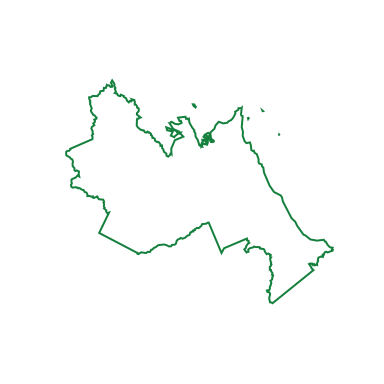 the district of Lockhart River, Queensland, Australia, rotated 332°
{"feature_id": "25037944B30530613092043", "entity_name": "Lockhart River", "entity_type": "district", "adm_level": 2, "iso_a3": "AUS", "parent_name": "Australia", "parent_adm1": "Queensland", "projection": "orthographic", "projection_center": [143.259, -13.018], "detail": "fine", "context": "isolated", "style": "outline", "palette": "green", "viewbox_px": 384, "rotation_deg": 332, "n_neighbors": 0, "source": "geoboundaries", "source_scale": "gbopen_adm2", "svg_char_len": 6062}
<svg xmlns="http://www.w3.org/2000/svg" viewBox="0 0 384 384"><g transform="rotate(332 192 192)"><path d="M290.0,307.2L288.1,305.8L287.5,304.6L286.9,302.2L286.8,298.6L286.1,298.1L286.0,296.1L279.5,293.6L274.2,289.4L271.7,283.5L270.4,282.0L269.0,271.4L269.2,266.9L267.6,261.8L267.8,243.2L269.0,238.7L268.6,236.5L264.4,230.5L263.5,222.8L264.7,208.7L266.5,203.7L265.9,202.6L266.5,200.3L264.7,198.4L264.6,197.4L266.2,194.2L267.0,189.0L265.7,186.9L266.0,184.7L265.1,184.6L264.1,182.8L265.9,178.4L266.4,175.4L263.0,174.4L262.3,171.8L263.2,166.1L265.3,162.7L266.3,158.2L272.2,149.1L272.3,148.7L271.5,147.9L271.7,146.5L275.5,140.9L274.8,141.1L272.5,139.8L271.6,141.1L267.7,141.4L267.2,143.1L263.0,145.9L260.2,146.9L257.8,146.7L255.7,147.4L251.8,146.1L248.6,142.6L244.1,144.2L241.3,146.8L236.0,148.1L233.9,153.8L235.3,156.8L234.9,157.7L233.5,157.6L232.1,156.6L232.4,153.7L231.8,153.2L230.0,153.9L229.3,155.7L227.6,157.3L224.7,154.9L222.8,155.0L222.4,156.8L221.8,156.2L221.3,156.4L221.5,155.6L220.4,154.3L221.5,149.0L221.2,144.8L222.5,141.6L222.3,139.6L223.0,138.8L222.4,135.0L222.3,129.5L223.7,125.8L222.5,125.8L222.3,124.9L221.1,124.6L221.6,122.5L214.5,119.8L214.3,123.4L215.6,123.9L215.3,126.1L211.7,125.9L208.8,123.7L207.0,120.5L206.0,120.3L204.7,121.4L204.5,121.2L205.0,127.5L208.8,132.4L208.3,133.3L210.1,134.2L209.2,134.6L208.8,134.0L208.0,134.2L209.4,135.7L210.3,139.1L201.2,138.2L194.0,144.0L191.8,148.7L191.7,148.1L191.0,147.9L190.4,148.9L187.6,149.6L186.5,148.0L187.4,146.0L186.1,143.3L186.7,140.7L186.2,139.6L187.3,136.8L185.8,136.5L186.5,134.9L186.0,132.3L185.4,131.6L184.7,131.6L183.5,129.6L184.1,127.4L183.3,125.9L182.5,125.7L183.1,123.5L182.4,122.4L183.1,121.4L182.3,119.3L181.4,119.2L181.1,117.8L179.6,118.1L178.5,117.2L178.3,114.8L177.2,114.4L176.8,113.5L175.9,113.0L174.5,109.5L174.4,107.4L177.4,102.2L178.1,101.6L179.4,102.2L180.0,101.8L181.6,102.1L179.7,97.8L180.4,96.5L182.8,95.6L183.8,94.2L184.1,92.8L183.2,91.9L183.7,90.1L183.4,88.4L182.5,87.9L184.0,85.2L183.8,84.2L184.2,83.7L182.7,82.2L182.8,82.7L182.3,82.9L182.0,82.5L181.4,83.1L181.0,82.8L180.5,83.2L180.0,82.4L178.3,83.2L177.5,81.0L177.8,78.3L176.4,76.0L176.9,75.2L174.8,72.7L173.8,73.7L173.0,73.2L171.9,71.7L172.1,70.1L170.3,68.4L171.9,67.7L172.3,64.7L173.2,64.3L173.2,61.6L174.0,60.8L174.2,59.3L173.9,56.0L171.7,57.5L171.8,58.8L171.0,61.6L169.4,61.0L168.8,58.8L167.5,58.4L167.1,57.5L164.8,59.7L163.1,58.7L161.4,61.1L158.3,60.0L156.7,61.9L155.1,62.1L153.6,63.0L149.3,60.5L147.4,60.9L145.6,60.1L144.9,61.9L145.0,63.7L144.2,64.2L144.3,65.4L143.3,66.3L142.7,71.1L141.1,72.4L140.7,73.6L141.1,77.7L141.9,78.6L142.6,81.8L141.8,82.4L139.7,82.2L139.7,83.7L139.1,84.5L137.0,85.1L137.2,87.1L134.0,87.6L132.9,88.7L132.8,91.8L131.8,93.6L131.9,94.4L130.1,95.1L130.1,96.6L128.9,98.6L104.9,96.7L104.9,97.2L102.9,97.9L101.2,97.2L99.8,97.5L98.7,99.3L98.3,100.8L100.4,104.0L100.5,105.4L101.6,107.0L101.1,109.5L100.0,110.6L98.8,113.2L99.4,115.6L98.5,117.5L98.8,118.7L100.5,118.9L101.8,120.8L100.2,123.3L99.7,125.3L98.7,123.7L96.2,124.6L91.7,124.3L90.7,125.5L89.8,128.2L88.7,128.7L87.9,130.4L88.5,132.0L91.9,133.3L92.3,134.2L93.2,134.6L93.3,135.4L94.5,135.7L96.0,138.4L97.3,139.5L97.2,141.5L98.6,143.0L98.4,145.3L97.7,146.5L99.6,147.3L100.9,148.9L102.4,149.3L101.9,150.5L102.4,151.1L105.5,151.5L107.0,151.2L105.9,152.1L106.4,154.7L110.0,157.1L109.8,159.4L108.9,159.7L108.8,161.1L107.3,163.6L107.5,164.8L106.6,165.2L107.7,167.9L107.0,169.1L107.3,170.9L109.1,171.2L90.8,184.6L115.4,220.5L114.9,220.9L115.5,221.7L118.8,221.4L122.7,224.3L124.9,224.1L126.8,225.2L128.9,223.8L130.2,224.2L132.2,223.4L133.9,223.7L137.3,223.1L142.4,225.1L144.0,226.3L146.2,229.3L148.1,230.1L149.4,229.3L152.2,230.4L153.5,230.1L155.7,227.8L157.4,227.3L159.0,227.6L160.4,227.2L161.8,228.8L164.2,229.1L167.5,228.4L169.6,228.8L171.3,227.1L172.5,227.3L172.8,226.8L174.6,227.4L174.9,226.5L176.6,227.0L176.9,226.2L179.7,226.1L180.8,227.0L181.5,227.0L184.5,226.2L185.8,225.1L189.8,226.7L191.4,226.4L192.4,226.9L189.4,259.7L194.0,256.7L218.6,258.9L217.9,260.5L219.0,261.6L218.4,262.8L218.6,263.8L217.4,263.8L214.7,265.1L213.3,266.6L211.2,267.2L211.8,270.9L212.3,270.7L213.8,271.3L214.7,269.2L216.6,268.8L220.0,269.6L221.2,269.3L222.0,270.3L225.6,272.3L226.0,273.0L225.5,273.7L225.7,274.1L228.3,275.8L228.7,276.5L228.4,279.9L228.8,282.0L230.3,282.0L231.9,284.2L232.0,284.6L231.0,284.8L230.6,286.1L231.2,286.8L229.6,287.6L228.7,290.6L228.9,291.3L227.9,292.5L228.1,293.3L226.6,294.4L225.6,294.6L224.2,297.2L225.1,297.9L224.6,298.7L225.0,301.3L223.9,302.5L224.4,302.7L224.4,303.9L222.4,305.4L222.3,306.1L221.6,306.9L219.6,307.2L219.4,309.4L217.4,311.6L216.4,312.0L215.3,314.0L214.1,314.8L211.9,314.1L211.7,315.7L213.3,317.0L213.0,318.9L210.2,322.1L209.1,326.0L210.4,327.0L210.9,328.0L262.1,318.1L261.7,317.8L262.3,316.7L261.7,315.5L262.0,314.4L261.5,310.5L262.6,310.5L263.3,311.3L264.3,311.4L264.4,313.0L265.9,312.8L266.4,313.6L265.9,314.3L267.6,314.5L268.2,315.2L268.9,313.7L271.1,312.0L271.1,311.1L272.8,309.3L275.8,309.6L277.0,310.8L278.1,309.9L277.5,309.4L278.0,308.6L279.1,309.1L280.7,307.7L281.6,307.5L282.7,308.0L283.3,309.0L288.6,309.8L289.2,309.2L288.6,308.4L290.0,307.2ZM202.1,135.3L203.3,134.6L208.7,133.8L207.0,132.8L206.6,130.6L205.7,129.3L203.7,128.0L203.0,126.5L199.7,122.8L199.0,125.8L203.4,129.6L199.8,132.3L202.1,135.3ZM224.5,152.8L222.9,154.0L225.2,154.7L226.5,156.2L227.5,156.2L228.1,152.9L226.2,152.2L224.5,152.8ZM231.4,149.4L232.4,150.6L233.6,150.5L234.6,149.6L234.8,148.6L233.9,147.3L231.5,147.4L231.4,149.4ZM230.2,147.4L228.0,148.7L228.4,149.9L229.7,150.2L231.2,149.8L231.1,147.7L230.2,147.4ZM232.8,150.9L233.5,154.5L232.7,156.1L234.7,156.6L233.7,153.8L234.5,151.5L234.3,150.7L232.8,150.9ZM229.0,152.0L230.0,152.8L232.1,152.0L231.3,150.9L230.1,150.7L228.8,150.8L229.0,152.0ZM235.4,118.5L235.0,115.6L233.9,115.0L233.8,116.8L234.8,119.0L235.4,118.5ZM225.4,151.3L226.0,151.9L227.5,152.1L225.6,150.7L225.4,151.3ZM275.9,153.9L276.8,153.4L276.7,153.1L276.1,153.0L275.9,153.9ZM292.4,153.1L292.3,153.8L292.7,153.9L292.4,153.1ZM296.1,183.1L295.9,182.1L295.7,182.3L296.1,183.1Z" fill="none" stroke="#15803d" stroke-width="2"/></g></svg>